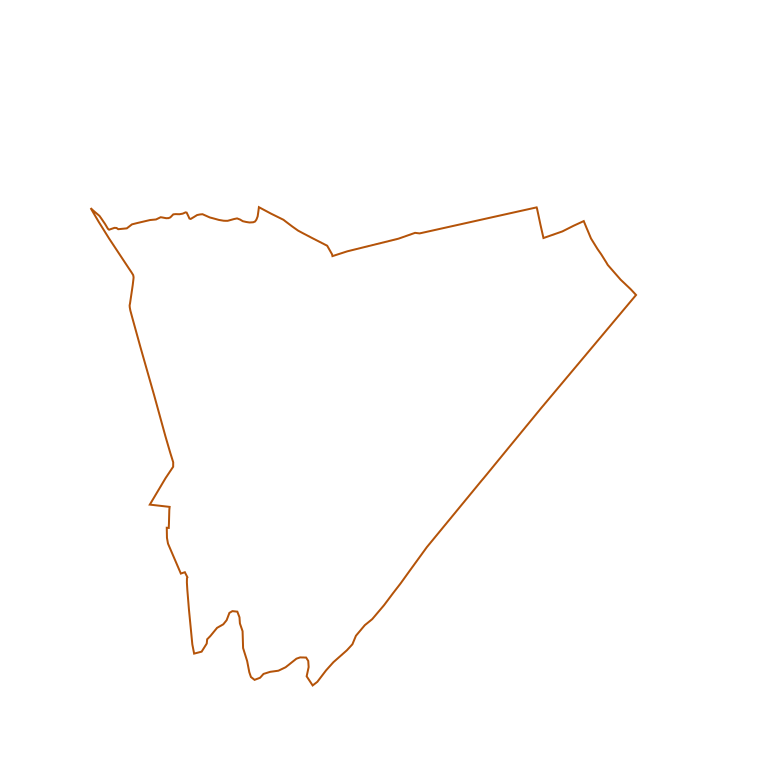 the district of Quan 6, Hồ Chí Minh city, Vietnam, rotated 341°
{"feature_id": "81297802B35379290873600", "entity_name": "Quan 6", "entity_type": "district", "adm_level": 2, "iso_a3": "VNM", "parent_name": "Vietnam", "parent_adm1": "Hồ Chí Minh city", "projection": "albers", "projection_center": [106.632, 10.746], "detail": "fine", "context": "isolated", "style": "outline", "palette": "amber", "viewbox_px": 768, "rotation_deg": 341, "n_neighbors": 0, "source": "geoboundaries", "source_scale": "gbopen_adm2", "svg_char_len": 2278}
<svg xmlns="http://www.w3.org/2000/svg" viewBox="0 0 768 768"><g transform="rotate(341 384 384)"><path d="M116.7,577.1L124.4,577.7L131.9,571.7L133.7,567.8L137.7,565.8L146.8,560.2L153.8,558.9L158.3,556.1L163.3,550.1L166.7,549.4L171.2,551.5L171.4,557.5L169.8,563.5L169.8,571.7L164.8,587.8L164.4,601.4L162.8,612.7L162.8,617.7L165.3,621.6L171.2,621.4L175.7,618.9L182.7,619.1L190.8,620.7L198.7,619.8L211.8,615.2L215.7,615.2L221.3,617.3L222.2,621.2L220.6,627.1L215.7,635.2L218.4,645.8L224.0,643.9L236.0,635.9L245.5,630.6L262.2,623.7L269.4,619.8L275.5,612.9L287.3,605.8L296.3,602.5L312.1,593.1L324.5,584.7L328.6,582.0L334.7,578.0L348.0,568.6L371.4,552.2L444.5,507.3L447.9,505.3L478.7,486.3L480.3,485.3L524.5,458.1L564.6,434.0L589.4,419.1L651.3,381.9L648.2,374.9L641.7,362.4L634.3,344.2L633.8,341.6L633.1,338.6L631.6,332.1L629.8,325.8L627.1,313.8L626.5,304.5L626.4,303.5L625.9,295.0L614.8,296.1L602.3,297.8L582.3,297.9L583.8,284.2L585.8,268.0L585.8,266.7L570.1,264.9L525.1,259.8L466.7,253.2L463.0,251.4L462.6,251.2L445.0,251.3L392.5,246.6L376.9,246.3L377.1,244.4L375.3,234.8L363.3,222.3L356.3,214.9L352.7,211.0L349.9,207.1L348.4,205.0L343.7,198.0L342.4,196.0L332.7,186.2L323.3,176.1L320.8,181.1L319.1,184.4L316.8,187.1L314.9,188.4L313.0,188.5L309.4,187.5L306.4,185.9L303.5,184.1L301.5,181.7L299.0,179.6L295.9,179.2L289.3,178.8L285.7,177.5L281.3,175.1L276.5,171.8L273.5,169.8L267.7,164.4L265.3,163.8L262.3,163.4L258.8,164.2L255.0,165.0L253.9,164.2L253.7,161.8L253.2,157.7L252.2,157.1L249.2,157.4L245.9,156.9L242.2,155.5L240.0,155.0L236.2,156.9L234.2,157.0L232.0,156.3L228.3,154.2L227.1,153.6L222.0,154.2L216.2,152.8L203.4,151.5L197.7,151.0L191.5,153.1L183.1,151.1L181.9,149.4L180.0,148.6L176.5,148.6L174.3,148.6L173.5,147.4L172.3,141.7L170.5,135.1L169.7,132.4L165.5,125.3L163.9,122.2L167.0,137.6L171.5,157.2L180.2,190.9L181.5,195.8L182.3,199.3L182.0,201.5L181.3,203.1L178.6,208.7L170.0,225.3L169.1,226.8L168.6,228.6L168.1,231.8L167.6,239.2L165.7,269.8L163.0,319.8L160.3,362.5L159.5,379.4L159.2,389.4L157.7,393.6L146.8,401.9L123.3,421.8L141.3,430.4L140.0,433.2L135.2,446.0L133.6,450.0L131.8,449.2L128.7,458.8L127.8,464.6L130.2,497.1L134.4,497.1L135.2,502.8L134.5,503.4L133.0,507.5L131.0,514.7L126.2,533.5L118.0,567.8L116.7,577.1Z" fill="none" stroke="#b45309" stroke-width="2"/></g></svg>